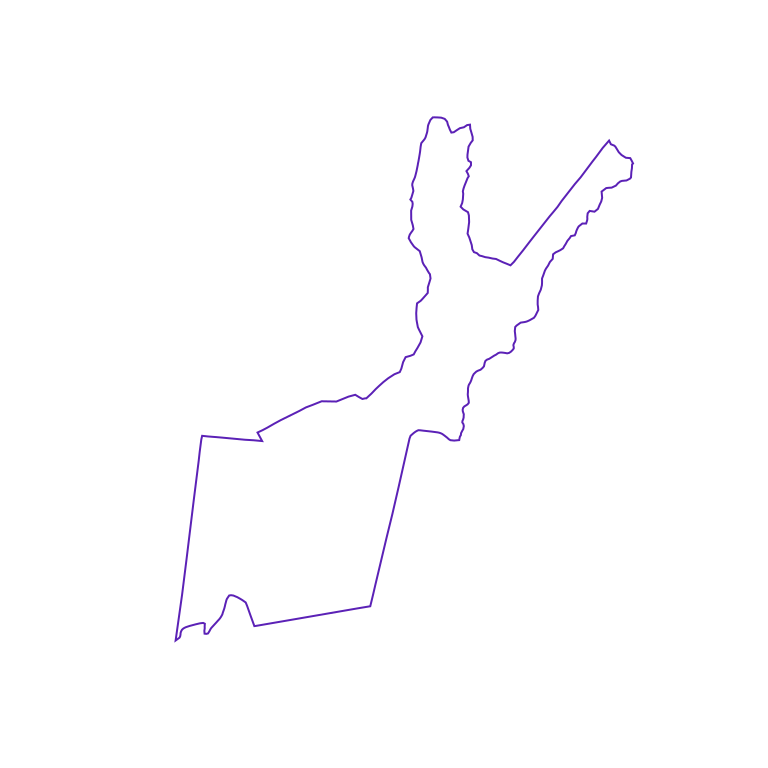 Borabu, Nyanza, Kenya (Albers equal-area conic projection), rotated 38°
{"feature_id": "3690345B58519462810575", "entity_name": "Borabu", "entity_type": "district", "adm_level": 2, "iso_a3": "KEN", "parent_name": "Kenya", "parent_adm1": "Nyanza", "projection": "albers", "projection_center": [35.021, -0.692], "detail": "fine", "context": "isolated", "style": "outline", "palette": "violet", "viewbox_px": 768, "rotation_deg": 38, "n_neighbors": 0, "source": "geoboundaries", "source_scale": "gbopen_adm2", "svg_char_len": 5427}
<svg xmlns="http://www.w3.org/2000/svg" viewBox="0 0 768 768"><g transform="rotate(38 384 384)"><path d="M411.5,53.6L411.0,63.3L411.3,74.5L411.3,80.2L411.7,100.1L411.3,108.9L411.3,117.0L411.3,130.4L411.7,137.7L411.5,144.9L411.3,149.6L411.2,175.8L411.2,181.4L411.3,193.3L411.2,200.6L411.2,207.7L410.6,212.6L406.3,213.8L402.9,214.8L399.5,215.6L395.3,216.5L392.3,218.3L388.7,220.0L385.7,221.7L382.5,222.9L380.1,224.0L376.6,223.7L373.7,224.7L370.7,223.5L367.6,220.5L361.1,216.1L357.3,214.1L354.8,209.7L351.4,204.0L347.1,198.9L344.4,196.9L339.0,197.6L335.2,197.1L334.2,193.3L332.5,190.0L331.0,187.8L329.3,185.3L327.5,183.6L326.3,180.9L325.3,178.0L324.3,174.5L323.1,170.4L322.9,168.1L320.7,166.7L317.9,165.5L318.2,161.1L317.9,158.1L316.0,155.7L313.1,156.1L310.3,154.2L308.6,151.9L304.5,144.9L303.9,140.6L303.9,137.4L301.7,134.7L298.0,132.0L294.9,129.8L292.1,126.7L290.1,128.8L288.9,132.5L286.3,135.7L285.0,139.4L284.0,142.6L282.3,144.4L279.3,143.0L277.0,141.6L274.8,140.4L272.2,138.4L268.6,137.7L265.1,138.9L261.9,141.1L259.6,142.8L258.3,143.9L258.0,147.4L259.2,152.1L259.8,153.6L260.9,155.4L262.6,158.3L263.2,159.6L263.8,161.2L264.9,164.1L265.2,165.9L265.2,167.5L265.1,171.3L266.8,174.5L269.2,178.4L270.5,180.7L272.5,184.4L274.2,187.6L275.0,189.3L275.7,190.5L277.4,193.9L278.6,196.3L280.5,200.6L281.1,202.1L281.6,204.0L282.2,206.6L283.0,208.7L283.8,209.9L286.7,212.3L288.3,213.8L289.7,217.3L290.9,220.4L291.2,222.4L294.2,223.0L295.7,224.4L297.1,226.7L298.6,230.6L301.7,234.5L304.4,237.9L307.2,239.9L309.1,241.3L311.8,243.7L312.1,246.1L312.1,247.5L312.3,250.3L313.0,252.4L313.7,253.9L316.6,255.1L317.9,255.7L319.6,256.2L322.6,257.1L323.9,257.3L325.6,257.3L330.4,257.3L332.2,258.6L335.6,261.0L339.2,264.1L340.8,265.0L342.5,265.7L345.5,266.5L347.7,267.5L351.0,268.8L352.6,269.2L355.7,272.2L357.2,276.0L359.0,280.8L360.6,282.8L362.4,285.3L362.0,292.3L361.9,293.7L361.7,295.8L360.4,300.1L362.7,303.8L365.8,308.4L368.8,311.9L369.8,313.1L371.3,314.5L375.6,318.3L377.9,319.5L382.8,321.8L384.9,322.8L387.2,328.8L388.2,335.3L388.6,339.0L388.9,340.7L389.2,342.4L387.4,345.6L384.5,349.5L385.6,355.0L388.2,361.2L389.1,364.9L386.2,369.9L383.8,376.8L382.3,382.9L381.3,388.6L380.6,393.2L380.0,399.3L379.4,403.0L378.9,406.2L377.9,407.0L376.2,409.1L372.4,409.7L368.0,410.2L363.8,415.8L357.3,427.1L345.5,436.0L340.5,444.6L336.9,450.5L333.9,457.3L324.9,476.0L321.9,482.9L318.9,490.3L316.7,495.2L314.2,500.1L323.1,504.0L315.9,508.6L308.8,513.5L290.4,525.3L285.3,528.6L277.6,533.7L272.6,536.8L274.2,540.2L280.4,550.7L285.2,558.5L304.9,591.5L323.6,622.6L336.6,644.2L354.7,674.5L377.7,714.4L379.0,709.9L378.8,708.5L378.0,706.9L377.0,705.4L376.4,703.8L376.1,702.0L376.4,700.3L376.9,699.0L377.6,697.6L379.8,694.3L383.5,689.4L386.3,685.9L388.6,683.6L390.4,683.2L391.9,685.4L393.2,687.0L394.4,689.1L396.3,691.2L397.8,690.3L398.9,688.9L398.6,686.2L398.2,684.0L398.1,682.7L398.5,677.4L398.7,675.0L398.8,673.2L399.0,670.8L399.0,669.4L398.9,667.8L398.5,665.2L397.7,663.2L397.2,661.7L396.3,659.1L395.3,656.8L394.7,655.6L393.6,653.0L392.9,651.4L392.5,650.0L392.2,646.0L393.5,644.6L395.6,643.4L397.5,642.9L399.6,642.3L402.9,641.8L405.4,641.5L409.5,641.3L412.7,643.1L421.0,648.4L430.9,654.6L431.8,653.7L459.4,623.3L501.2,577.2L510.0,567.6L506.8,560.5L504.7,555.9L500.7,547.3L481.5,505.4L480.0,502.1L470.7,481.4L458.9,456.1L437.7,411.3L436.8,408.4L437.6,404.3L438.1,402.5L438.6,401.1L439.5,399.3L440.7,398.4L444.0,396.4L450.8,392.2L455.9,389.2L457.3,388.5L458.9,387.9L460.7,387.5L463.5,387.4L465.1,387.4L466.8,387.4L469.0,387.6L470.9,387.4L474.1,385.4L477.8,381.9L476.8,380.0L476.2,378.6L476.1,377.1L475.0,375.3L474.5,372.8L474.2,370.7L472.8,368.0L471.2,366.7L469.4,366.1L468.6,364.9L468.2,363.3L467.4,361.4L466.3,359.9L465.5,358.7L464.1,357.8L462.8,356.9L461.8,355.8L461.0,354.0L461.1,352.2L461.8,350.4L462.4,348.6L462.4,346.6L461.1,345.1L458.6,342.8L457.5,341.8L456.3,340.5L455.2,338.8L454.1,337.3L452.9,335.8L452.3,334.6L451.7,333.4L451.3,332.1L451.2,330.7L450.9,329.0L450.5,327.5L449.7,325.3L449.0,323.2L448.6,321.0L448.8,319.4L449.1,317.4L449.9,315.6L451.3,313.3L451.8,310.6L451.9,308.6L451.1,306.9L450.3,305.3L449.7,303.3L450.2,301.3L451.4,299.4L452.0,297.7L452.6,296.0L453.4,293.7L454.2,292.0L454.6,290.6L455.0,289.3L456.0,287.8L457.4,286.7L459.2,285.6L460.6,284.8L462.2,284.0L463.4,282.5L464.1,280.5L464.4,278.1L464.4,276.2L463.6,275.1L462.0,273.7L461.4,272.0L461.2,270.2L460.6,268.4L459.6,267.0L458.3,265.7L456.6,263.9L454.5,261.8L452.3,258.3L452.5,256.3L453.9,251.5L456.4,248.9L457.5,247.6L458.3,246.4L459.4,244.3L460.0,242.9L461.4,239.5L461.3,237.0L460.8,234.6L460.0,230.7L458.0,228.5L456.1,226.7L453.7,223.6L451.4,220.2L450.4,217.1L449.5,213.2L447.7,209.1L446.7,207.6L445.6,206.1L443.6,203.6L442.6,200.3L441.0,195.6L440.6,193.3L440.4,189.7L439.6,185.7L439.9,181.5L437.4,177.7L438.2,174.6L439.5,172.1L440.5,170.0L441.6,166.8L441.2,164.3L441.0,162.0L440.4,158.3L440.5,154.7L440.3,152.3L442.8,149.4L442.2,147.0L441.5,145.3L441.0,143.6L440.5,141.2L440.4,139.9L441.5,135.4L444.5,133.1L443.3,129.9L442.6,128.7L441.3,127.2L439.4,124.1L439.5,121.0L443.8,118.6L444.8,114.3L443.5,109.7L443.1,107.8L442.8,106.4L441.3,103.0L437.0,98.4L438.5,92.8L440.0,91.3L442.5,89.1L444.6,84.9L444.8,81.7L445.5,78.9L446.5,77.4L449.8,74.3L451.4,70.8L451.5,69.2L448.3,64.5L446.5,61.3L444.3,58.2L444.5,56.9L441.8,55.6L439.0,54.4L435.3,56.8L433.4,57.0L430.2,57.3L426.3,56.8L422.6,55.4L420.1,54.5L418.6,54.4L415.2,55.4L411.5,53.6Z" fill="none" stroke="#5b21b6" stroke-width="2"/></g></svg>